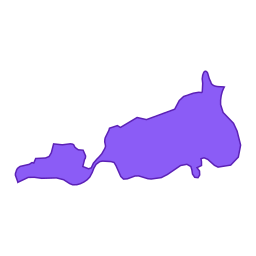 map outline of Samdrup Jongkhar (Robinson projection)
{"feature_id": "BTN-2492", "entity_name": "Samdrup Jongkhar", "entity_type": "District", "adm_level": 1, "iso_a3": "BTN", "parent_name": "Bhutan", "parent_adm1": "", "projection": "robinson", "projection_center": [91.574, 27.008], "detail": "fine", "context": "isolated", "style": "filled", "palette": "violet", "viewbox_px": 256, "rotation_deg": 0, "n_neighbors": 0, "source": "natural_earth", "source_scale": "10m", "svg_char_len": 1739}
<svg xmlns="http://www.w3.org/2000/svg" viewBox="0 0 256 256"><path d="M239.9,148.9L238.3,157.1L230.7,165.1L218.0,167.1L214.4,165.3L207.8,159.4L204.1,157.8L201.0,158.7L201.5,161.9L201.5,165.5L197.0,167.7L199.5,171.0L199.7,175.0L198.0,177.7L194.7,177.3L192.5,174.0L191.9,170.0L190.8,166.5L186.9,164.3L180.6,165.5L167.4,174.5L161.3,177.6L151.2,179.0L147.9,178.7L138.7,175.9L135.0,176.0L127.4,178.8L123.5,179.1L120.8,176.5L116.0,165.7L114.1,162.5L111.1,161.6L102.7,161.1L99.8,161.6L96.1,164.3L93.9,168.1L92.2,172.5L89.8,177.0L87.1,179.8L83.9,182.0L80.4,183.7L76.9,184.7L72.7,184.8L69.7,183.6L63.6,179.7L56.5,177.9L41.7,178.3L34.4,177.3L28.2,177.4L17.9,182.3L17.9,182.2L15.4,175.2L15.4,174.2L15.5,173.2L16.1,171.6L16.5,170.2L17.5,168.4L19.0,167.2L20.2,166.4L29.3,164.3L31.9,162.6L32.4,162.6L33.2,162.9L33.8,163.0L35.7,158.5L45.5,158.0L49.1,156.5L51.3,152.8L53.6,143.9L56.5,144.2L62.3,144.8L70.4,143.8L72.4,144.1L73.6,144.7L74.8,147.1L76.3,148.4L78.3,149.8L83.1,150.2L85.6,156.0L85.5,157.1L85.3,158.3L84.6,159.3L82.8,166.5L88.6,168.8L91.3,167.8L93.4,163.2L95.2,161.1L96.8,159.2L99.0,157.0L101.8,153.8L104.8,148.5L105.5,146.6L105.4,145.1L104.7,141.8L104.9,139.2L105.3,137.6L108.9,130.3L109.5,128.2L117.4,125.6L120.3,127.4L120.5,127.4L137.1,117.5L146.5,119.6L174.7,109.2L179.3,100.5L183.6,96.5L193.3,93.2L198.6,92.3L201.6,92.5L202.1,92.1L202.3,91.2L202.7,83.4L202.2,78.9L202.7,75.2L203.8,72.3L204.7,71.4L205.8,71.2L206.8,71.9L207.5,72.8L207.9,74.0L209.0,77.9L209.5,79.3L210.7,81.8L211.0,82.8L211.5,83.8L212.5,84.8L214.2,85.8L216.0,86.3L217.9,86.6L223.8,86.9L224.3,87.0L223.8,87.9L222.3,91.4L221.2,95.6L220.6,100.1L220.6,104.6L223.1,112.5L233.5,123.3L237.1,131.1L240.6,145.1L239.9,148.9Z" fill="#8b5cf6" stroke="#5b21b6" stroke-width="1.5"/></svg>